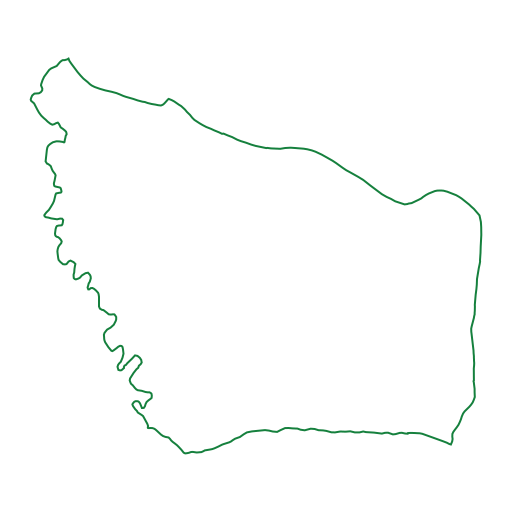 the district of Chey Saen, Preah Vihéar, Cambodia
{"feature_id": "14789045B76871664968100", "entity_name": "Chey Saen", "entity_type": "district", "adm_level": 2, "iso_a3": "KHM", "parent_name": "Cambodia", "parent_adm1": "Preah Vihéar", "projection": "equal_earth", "projection_center": [105.306, 13.6], "detail": "fine", "context": "isolated", "style": "outline", "palette": "green", "viewbox_px": 512, "rotation_deg": 0, "n_neighbors": 0, "source": "geoboundaries", "source_scale": "gbopen_adm2", "svg_char_len": 5918}
<svg xmlns="http://www.w3.org/2000/svg" viewBox="0 0 512 512"><path d="M68.5,58.6L67.2,59.4L64.7,60.1L62.5,60.2L60.9,61.3L59.8,62.3L56.7,66.0L51.2,68.4L49.2,69.9L44.1,76.8L42.6,80.0L41.2,84.1L41.0,85.4L42.3,88.5L42.2,90.4L40.8,92.2L38.9,93.3L34.4,93.6L32.2,95.5L31.2,97.8L30.7,99.6L31.1,100.8L34.1,103.4L37.3,109.6L39.0,112.6L41.3,115.7L43.8,118.1L45.8,119.8L47.6,121.6L50.3,123.7L52.3,124.7L54.2,124.2L56.0,123.2L57.8,122.6L59.0,124.0L60.7,127.4L62.8,128.8L65.0,130.6L66.1,131.8L66.5,133.2L66.6,134.3L65.7,135.9L65.4,137.6L64.8,140.0L64.5,142.0L64.0,142.4L62.6,141.9L59.3,141.4L56.4,141.3L52.8,142.3L50.2,144.0L48.4,145.6L47.4,147.3L46.9,149.6L45.6,161.4L47.0,163.6L48.4,164.2L49.6,165.1L50.8,166.2L51.7,168.7L52.6,170.7L53.9,172.5L55.0,173.9L55.6,175.3L54.6,180.5L53.9,183.3L54.0,184.9L54.4,186.0L55.3,186.5L59.8,187.5L60.6,188.1L61.0,189.2L61.5,191.3L61.3,192.1L60.8,192.6L59.1,192.8L56.2,193.4L55.6,194.4L54.0,201.0L52.8,203.6L50.7,207.1L48.9,209.9L46.3,212.5L45.2,213.9L44.3,215.2L44.7,216.4L45.9,217.2L48.4,217.6L51.2,218.4L57.1,219.3L60.1,218.6L62.1,218.7L63.2,220.1L63.0,220.9L62.9,222.2L62.4,224.3L61.7,225.3L58.3,225.6L56.8,226.1L56.2,227.1L55.6,229.1L55.0,233.6L55.3,235.4L55.9,236.2L57.0,236.9L58.0,237.1L59.6,238.3L61.1,240.2L61.7,241.4L61.2,243.2L59.3,245.4L58.3,247.1L57.7,249.2L57.4,251.3L57.6,253.5L58.2,258.1L58.6,259.9L60.2,261.8L63.0,264.2L64.9,264.4L66.5,264.1L68.6,261.5L70.5,260.6L73.7,262.2L75.4,264.0L74.9,266.2L74.5,268.8L74.2,272.5L73.6,274.6L73.6,276.1L73.8,278.1L74.7,279.0L75.9,279.4L78.5,278.5L79.9,277.7L81.9,275.4L85.5,273.2L88.0,272.7L89.9,274.8L90.6,276.3L90.8,278.3L89.8,281.7L88.7,283.4L88.1,285.8L87.6,287.4L87.9,288.5L88.3,289.4L89.2,289.4L90.8,288.1L92.4,288.0L94.0,288.8L95.9,290.4L98.1,292.8L98.6,294.2L99.0,296.8L99.0,306.5L99.9,308.6L101.9,309.8L103.5,310.1L107.1,312.9L108.7,314.3L110.2,314.5L111.5,314.5L113.1,314.3L114.4,314.4L115.4,315.7L116.2,317.0L116.2,319.3L115.8,320.8L113.8,324.7L110.6,327.6L107.1,329.6L105.8,331.2L104.5,332.9L103.9,334.8L104.1,337.1L104.2,339.0L104.5,340.5L105.2,342.3L108.4,347.2L111.4,350.8L112.4,351.1L113.7,350.3L116.5,348.2L118.3,346.7L120.1,345.8L121.6,346.0L122.5,347.0L123.0,349.4L123.5,353.7L122.5,357.7L120.8,361.8L119.0,363.6L118.1,364.9L117.5,366.8L118.4,369.9L120.1,370.4L121.5,370.2L124.0,368.0L123.9,366.9L124.5,365.6L126.0,364.9L127.2,363.3L131.9,358.8L135.0,355.4L137.5,355.9L139.8,357.8L141.2,359.9L141.7,362.5L140.6,364.3L138.9,365.7L138.2,367.8L136.5,369.2L133.6,372.9L130.1,378.4L129.7,380.4L130.5,382.7L131.2,384.0L132.7,385.2L134.9,388.0L136.3,389.4L137.7,390.2L141.7,390.8L145.5,392.0L147.5,392.3L149.5,392.3L151.0,393.2L151.5,393.8L151.8,395.6L151.6,397.9L150.6,398.8L148.4,400.4L146.6,402.0L145.6,404.0L144.9,406.3L143.8,407.9L142.8,408.0L141.9,408.0L141.5,406.9L140.0,403.3L138.9,401.9L138.2,401.4L137.2,401.2L135.6,401.2L134.4,401.7L133.8,402.3L132.7,403.7L132.4,404.5L133.1,406.2L135.2,409.2L136.9,410.9L137.8,412.5L141.7,415.0L143.1,416.1L147.3,423.8L148.1,426.0L147.8,427.2L147.9,427.9L148.8,428.1L150.8,428.0L152.5,428.1L154.2,428.7L155.3,429.4L156.7,430.6L161.0,434.6L163.0,436.0L165.4,436.9L168.6,437.5L170.1,439.0L171.1,440.4L172.7,441.9L174.6,443.3L177.0,445.2L178.7,446.9L181.3,449.7L183.7,452.7L185.2,453.4L186.9,453.2L188.9,452.8L191.1,452.0L192.8,451.9L196.7,452.5L201.4,452.1L203.2,451.3L204.8,450.4L210.2,449.5L212.2,449.1L214.5,448.3L218.5,446.5L222.0,444.7L223.6,444.1L229.3,442.3L231.3,441.3L232.4,440.4L235.1,438.7L239.9,437.0L243.7,434.3L246.9,432.4L251.9,431.4L265.0,430.1L269.0,430.6L272.7,431.5L277.1,431.9L280.6,430.1L285.0,428.1L288.5,428.0L292.7,428.4L297.5,428.6L300.5,429.7L304.7,430.3L310.7,428.7L314.7,429.0L318.5,430.2L323.0,430.4L326.3,430.9L331.4,432.3L335.0,432.4L340.3,431.5L345.5,431.7L350.3,431.3L354.8,432.4L359.5,432.4L363.2,431.5L365.9,432.1L374.0,432.6L381.9,433.6L385.0,432.8L388.0,432.7L392.9,434.4L395.6,434.1L399.7,432.9L401.9,432.8L405.0,433.5L407.7,433.7L407.9,433.1L410.3,432.9L414.0,433.0L419.8,433.3L422.3,433.8L433.2,437.7L442.9,441.2L446.8,442.7L449.3,444.0L450.9,444.5L452.2,441.4L452.6,439.0L452.3,436.6L452.4,433.9L453.4,431.8L455.0,429.6L456.7,427.4L458.5,424.8L460.0,421.6L461.0,419.1L461.8,416.5L463.1,413.5L464.6,411.4L469.3,406.8L471.1,404.7L472.7,402.4L473.9,399.6L474.8,397.0L474.6,392.2L474.6,388.9L473.8,382.3L473.5,381.1L473.9,380.5L473.8,368.5L474.1,365.4L474.2,363.1L474.0,360.5L474.0,359.2L473.9,358.1L473.9,356.2L473.6,353.1L473.5,350.5L471.5,333.3L471.3,331.9L471.2,328.7L471.7,326.3L473.9,317.9L474.1,316.5L474.7,314.0L474.6,313.3L474.8,310.9L474.9,306.3L474.8,304.9L475.7,294.5L476.4,289.1L476.8,284.6L477.0,279.0L478.8,268.1L479.7,263.9L480.1,261.5L480.0,260.4L480.5,253.0L480.7,246.5L481.3,235.0L481.2,227.2L480.9,222.0L479.5,215.4L473.9,208.9L471.3,206.6L469.1,204.5L461.6,198.5L459.0,196.8L456.2,195.2L447.3,191.7L443.5,190.7L441.0,190.5L437.2,190.6L434.8,191.1L428.8,193.5L426.0,195.0L423.0,197.0L421.3,198.4L418.8,199.7L411.6,203.1L408.4,203.6L407.6,204.0L404.6,204.4L395.2,201.3L391.0,198.9L386.6,196.9L381.9,194.2L370.3,185.5L363.3,180.0L358.1,176.8L349.9,172.2L346.2,170.2L342.5,167.7L336.0,163.0L332.5,160.7L321.7,154.6L315.5,151.7L311.8,150.4L307.4,149.3L303.7,148.7L294.9,148.0L290.6,147.7L285.2,148.0L280.3,148.8L271.0,148.4L267.2,147.9L266.3,148.1L255.6,145.9L251.2,144.6L246.0,142.7L240.8,141.1L237.2,139.7L232.2,137.1L227.7,135.4L223.5,133.6L222.0,133.8L219.2,132.4L214.3,130.4L210.9,128.8L206.3,127.0L202.5,125.0L199.6,123.3L194.4,119.9L192.2,117.7L190.0,114.9L186.9,111.9L185.0,109.6L181.2,106.1L178.9,104.7L174.3,101.5L171.7,100.1L168.7,98.9L168.0,99.4L165.5,102.2L164.1,103.7L162.7,104.8L160.9,105.5L158.2,105.2L155.4,104.6L151.7,104.0L147.6,103.0L144.8,102.0L142.5,101.7L137.6,100.4L133.2,98.9L125.8,96.8L123.2,95.9L120.0,94.5L116.5,93.1L111.7,91.8L105.3,90.4L99.8,88.8L94.7,87.0L91.7,85.5L89.8,84.1L87.8,82.2L83.4,78.6L80.5,75.5L77.6,72.1L71.4,63.8L69.4,60.9L68.5,58.6Z" fill="none" stroke="#15803d" stroke-width="2"/></svg>